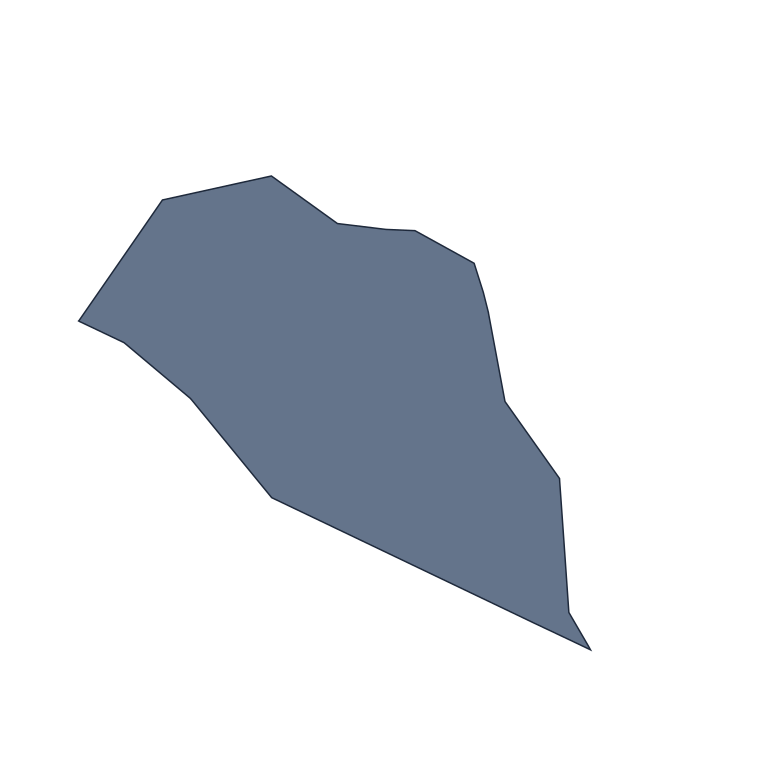 Victoria Falls, Matabeleland North, Zimbabwe, rotated 296°
{"feature_id": "62879985B6381696170590", "entity_name": "Victoria Falls", "entity_type": "district", "adm_level": 2, "iso_a3": "ZWE", "parent_name": "Zimbabwe", "parent_adm1": "Matabeleland North", "projection": "albers", "projection_center": [25.828, -17.932], "detail": "fine", "context": "isolated", "style": "filled", "palette": "slate", "viewbox_px": 768, "rotation_deg": 296, "n_neighbors": 0, "source": "geoboundaries", "source_scale": "gbopen_adm2", "svg_char_len": 586}
<svg xmlns="http://www.w3.org/2000/svg" viewBox="0 0 768 768"><g transform="rotate(296 384 384)"><path d="M493.4,446.9L493.9,446.6L509.9,433.1L532.0,412.1L535.4,344.6L523.8,318.0L507.8,271.8L521.6,191.6L503.3,168.5L452.3,104.2L419.2,99.2L307.4,82.1L306.8,81.9L306.7,83.2L306.8,90.7L307.2,132.3L286.2,216.2L285.9,216.7L285.9,217.0L279.2,231.6L232.6,332.9L233.2,402.9L233.2,403.9L233.2,404.8L234.9,623.8L235.3,655.5L235.6,686.1L237.8,683.0L259.7,650.3L320.9,615.0L372.8,585.0L376.0,583.2L390.0,557.6L421.3,500.4L493.4,446.9Z" fill="#64748b" stroke="#1e293b" stroke-width="1.5"/></g></svg>